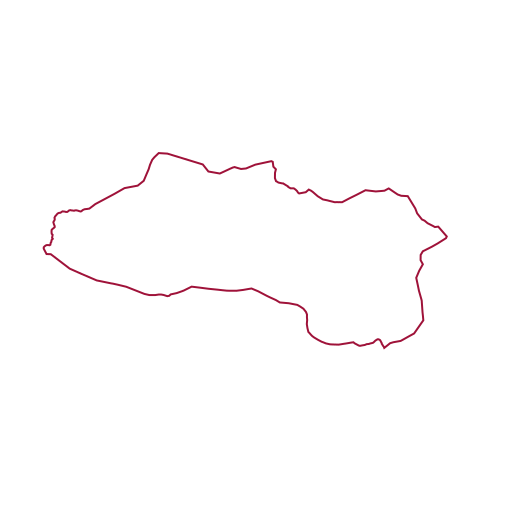 Jabal Ash sharq, Dhamar, Yemen, rotated 319°
{"feature_id": "15242507B95425982092930", "entity_name": "Jabal Ash sharq", "entity_type": "district", "adm_level": 2, "iso_a3": "YEM", "parent_name": "Yemen", "parent_adm1": "Dhamar", "projection": "robinson", "projection_center": [43.902, 14.736], "detail": "fine", "context": "isolated", "style": "outline", "palette": "rose", "viewbox_px": 512, "rotation_deg": 319, "n_neighbors": 0, "source": "geoboundaries", "source_scale": "gbopen_adm2", "svg_char_len": 3792}
<svg xmlns="http://www.w3.org/2000/svg" viewBox="0 0 512 512"><g transform="rotate(319 256 256)"><path d="M250.1,114.5L244.0,114.8L240.8,115.3L235.9,117.6L231.9,120.1L227.1,122.4L220.6,125.6L212.9,125.3L201.3,118.5L191.7,116.6L190.2,116.3L187.1,115.6L168.8,111.4L161.3,110.9L160.7,110.5L159.4,109.7L158.7,109.2L157.2,108.2L155.2,107.6L154.4,107.7L153.0,107.5L152.1,106.3L151.3,104.9L150.4,103.7L149.3,102.8L148.4,102.5L147.4,101.3L146.7,100.6L146.0,99.6L144.9,99.0L143.5,99.0L142.5,98.9L141.5,98.1L140.8,97.0L140.1,96.3L139.3,95.4L138.3,95.2L136.9,95.1L135.4,94.1L134.1,93.8L132.6,94.0L131.6,94.2L130.4,94.3L128.9,95.0L128.4,96.1L127.2,96.9L125.9,97.2L125.2,97.6L124.2,99.7L123.8,101.1L123.1,102.1L121.9,102.2L120.2,102.1L119.0,102.2L118.1,103.0L117.1,104.2L116.4,105.2L116.4,106.6L114.0,108.5L113.9,109.7L113.3,109.8L112.5,109.8L112.1,109.9L110.7,111.1L109.8,111.3L108.2,112.6L107.3,112.5L106.5,111.6L105.3,110.5L104.2,110.1L102.7,110.0L101.5,110.2L100.6,111.2L99.2,117.1L102.3,120.0L102.4,120.5L107.1,143.3L112.6,155.1L119.8,170.0L121.9,172.7L126.4,178.6L128.7,181.6L129.8,182.9L131.8,185.6L132.7,186.8L137.9,194.1L146.9,211.4L149.8,215.4L154.2,219.3L157.2,221.2L159.1,222.8L160.7,224.8L162.7,228.1L164.4,229.1L166.4,229.0L171.5,231.8L171.9,232.0L177.7,234.3L177.9,234.3L178.5,234.6L187.3,236.9L193.0,243.2L198.6,249.5L205.0,256.3L208.5,260.1L211.5,263.3L212.0,263.7L212.2,263.9L217.8,268.8L218.3,269.3L218.6,269.5L224.1,273.2L228.9,276.1L231.3,277.6L234.5,284.1L238.0,293.1L238.9,295.2L239.5,296.6L242.1,302.3L243.5,306.7L249.7,313.1L251.2,315.0L252.2,316.3L255.1,320.0L256.2,323.2L257.2,326.9L257.0,331.1L256.1,333.6L254.3,335.6L252.6,337.9L249.7,340.7L247.5,344.2L245.7,347.7L245.8,349.0L245.8,351.3L245.9,353.3L246.4,355.6L247.8,359.9L249.3,363.8L250.2,365.4L251.4,367.8L253.9,371.2L256.3,373.5L260.2,377.1L262.1,378.3L263.9,379.4L265.5,380.4L265.6,380.5L268.7,382.4L269.7,383.0L269.9,383.1L271.5,384.1L272.4,384.7L272.8,384.9L272.9,385.0L273.0,385.5L273.1,386.5L274.7,390.7L274.7,390.8L275.5,392.0L277.6,393.2L279.7,394.5L281.8,395.2L283.4,396.4L284.9,397.0L286.2,397.7L286.8,398.0L287.5,398.3L288.1,398.3L289.0,398.3L289.6,398.2L290.7,398.2L292.2,398.4L293.1,398.6L293.3,398.9L293.7,399.1L294.1,399.8L294.3,400.4L294.4,400.6L294.4,401.4L294.1,402.4L293.8,404.0L293.3,404.8L293.3,405.6L293.0,406.7L292.9,408.4L292.5,409.5L294.8,409.6L297.0,409.7L300.0,409.8L303.1,411.2L309.3,414.9L309.5,415.0L311.3,415.4L313.2,415.8L319.0,417.0L324.5,418.2L340.1,414.3L342.7,410.7L344.7,407.8L351.1,399.3L351.6,398.7L352.3,397.4L356.2,389.1L358.8,384.5L362.6,377.6L369.5,374.2L376.5,371.7L377.5,367.1L381.0,363.2L385.0,361.9L394.9,364.4L401.3,365.7L411.1,367.2L412.8,366.4L412.8,364.5L412.8,362.6L412.8,362.4L412.8,353.4L410.0,351.5L409.3,349.5L407.0,343.8L406.4,339.9L405.2,337.3L405.6,329.5L407.4,324.6L409.8,310.4L405.1,305.8L403.6,303.1L403.3,302.6L402.4,299.3L401.4,295.5L400.8,293.2L400.5,292.1L400.2,292.0L397.1,291.3L395.8,291.0L392.6,288.7L391.0,287.5L388.8,285.9L383.5,280.1L381.8,278.2L372.0,275.8L364.4,273.8L356.3,271.9L354.4,270.2L353.9,269.8L352.7,268.7L350.8,267.1L350.5,266.8L349.7,265.6L347.5,262.5L346.5,261.0L343.6,257.2L341.8,251.4L340.9,245.0L340.6,243.7L340.5,243.1L339.4,240.5L338.3,240.5L335.7,240.5L335.4,240.5L329.6,237.1L329.3,235.7L329.6,233.9L329.4,231.7L328.9,229.7L328.3,229.2L326.5,227.6L325.6,225.0L325.8,224.4L325.2,222.6L324.2,219.4L324.2,219.2L323.9,218.9L323.2,218.1L321.1,215.3L320.6,213.6L320.2,212.7L321.4,209.6L321.5,209.5L324.9,205.7L327.9,203.6L327.7,200.0L330.4,195.9L329.8,194.5L315.4,186.6L308.9,184.4L305.9,183.4L301.8,180.5L299.8,177.4L298.4,175.2L298.3,174.9L296.5,174.0L294.8,173.5L293.9,173.2L290.7,172.3L289.7,172.0L287.9,171.5L282.8,170.0L275.5,161.0L275.9,152.0L256.3,120.6L250.1,114.5Z" fill="none" stroke="#9f1239" stroke-width="2"/></g></svg>